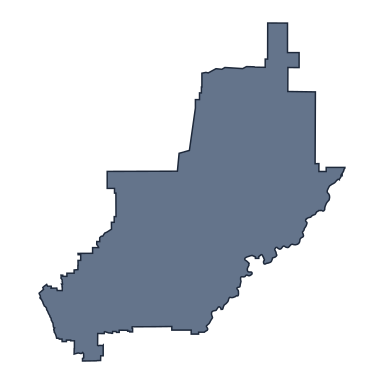 outline of Chapman Valley, Western Australia, Australia
{"feature_id": "25037944B4139819915576", "entity_name": "Chapman Valley", "entity_type": "district", "adm_level": 2, "iso_a3": "AUS", "parent_name": "Australia", "parent_adm1": "Western Australia", "projection": "orthographic", "projection_center": [115.126, -28.272], "detail": "fine", "context": "isolated", "style": "filled", "palette": "slate", "viewbox_px": 384, "rotation_deg": 0, "n_neighbors": 0, "source": "geoboundaries", "source_scale": "gbopen_adm2", "svg_char_len": 5908}
<svg xmlns="http://www.w3.org/2000/svg" viewBox="0 0 384 384"><path d="M287.5,23.1L267.7,23.0L267.6,59.1L265.2,59.1L265.2,67.3L255.1,67.2L254.2,66.8L246.5,66.6L242.7,68.6L224.9,67.5L221.9,69.3L216.0,68.7L208.4,72.8L208.2,72.9L205.9,72.4L201.9,73.2L201.9,87.0L201.4,87.0L201.4,92.9L199.5,92.9L199.5,99.6L195.4,99.6L195.4,108.1L189.4,150.4L179.1,153.3L177.4,171.2L107.2,171.4L107.2,188.4L114.5,188.4L114.5,193.1L115.9,193.1L116.0,216.6L114.2,216.6L114.2,222.3L111.4,222.3L111.5,229.2L107.1,232.0L104.7,233.1L102.7,236.2L101.5,236.2L101.2,236.3L99.9,237.5L99.7,237.8L99.7,241.6L96.8,241.5L96.7,244.3L97.1,245.0L98.4,246.8L98.6,247.6L92.6,247.6L92.6,253.3L78.0,253.4L78.1,254.7L80.7,254.7L80.7,260.4L78.0,260.4L78.1,265.4L77.9,265.4L77.9,269.6L74.1,270.0L74.1,273.2L66.9,273.2L66.9,276.4L62.8,276.3L62.8,275.2L61.0,275.1L61.2,277.2L60.9,278.0L62.2,279.9L62.2,280.2L62.1,281.3L62.3,282.0L62.5,284.1L61.5,284.1L62.2,285.7L62.3,287.1L62.1,287.1L62.2,287.5L62.3,288.3L62.2,290.6L57.2,290.5L56.8,288.1L51.0,288.2L51.1,287.6L51.3,287.2L51.2,286.2L47.5,286.2L46.7,284.4L44.0,286.4L42.8,287.5L43.5,289.4L39.1,293.2L39.4,294.2L40.3,295.7L40.4,296.9L40.3,297.1L40.0,297.4L40.0,297.7L40.1,297.8L40.4,297.4L40.5,297.5L40.8,298.5L40.5,298.7L41.4,299.4L42.2,301.0L42.6,301.6L42.9,302.2L42.9,302.9L43.2,303.3L43.4,304.1L43.6,304.3L44.3,306.0L45.4,306.7L46.5,308.1L46.6,309.4L46.8,310.0L47.5,310.9L48.5,313.5L49.8,315.7L50.0,316.8L50.9,318.0L51.2,318.8L51.2,319.8L51.3,320.2L51.6,320.7L52.0,321.2L52.2,322.0L52.9,322.9L53.4,326.9L53.8,327.4L53.9,328.0L54.6,328.0L54.3,328.7L54.2,328.6L53.8,329.4L53.7,329.8L53.8,330.1L54.4,331.0L54.4,331.4L54.1,331.9L54.2,332.1L54.8,332.8L55.7,334.7L56.3,336.6L56.6,338.2L58.8,338.3L59.2,339.1L62.0,339.1L62.1,341.6L62.3,341.6L66.4,341.6L66.4,340.1L70.7,340.1L70.7,340.8L74.4,340.8L74.4,348.6L74.2,348.6L74.1,354.1L77.5,353.1L78.5,353.0L80.6,353.5L81.3,353.5L81.8,353.3L82.7,352.5L83.1,353.1L83.6,353.6L83.7,357.9L82.5,358.4L82.5,361.0L96.7,360.8L97.0,360.6L100.6,360.5L100.7,355.8L103.2,355.8L103.2,345.1L102.9,345.4L102.4,345.5L99.6,345.4L98.3,345.7L97.7,345.7L97.6,345.9L97.7,333.5L104.2,333.6L104.3,332.0L105.0,331.6L105.3,331.8L109.0,333.0L110.3,332.9L111.3,333.3L112.5,333.3L112.6,331.5L116.1,331.5L116.5,332.4L119.2,332.4L119.2,330.2L127.7,330.3L127.7,331.2L129.7,331.2L129.7,331.9L132.6,331.9L132.6,328.6L132.0,328.2L132.2,326.8L154.9,326.7L171.8,326.5L171.8,330.1L191.2,330.1L191.2,334.1L198.6,334.1L198.6,332.2L204.4,332.2L204.9,331.7L207.3,330.2L207.7,329.3L207.7,328.9L207.4,328.1L206.6,326.9L206.4,326.3L206.5,325.8L209.0,323.6L209.8,322.4L210.7,320.6L212.5,317.8L212.4,317.1L211.6,314.8L211.5,313.9L211.6,312.4L212.0,311.8L213.3,310.9L215.6,310.5L216.1,310.3L218.2,307.2L218.9,306.8L219.5,306.8L220.3,307.6L220.8,308.3L221.1,309.4L222.5,309.3L222.8,308.9L223.4,306.8L224.2,305.0L226.2,303.5L227.7,301.8L228.2,300.9L228.7,298.9L229.4,297.6L230.0,297.3L231.1,297.6L232.3,297.6L233.3,297.4L235.4,296.6L236.5,295.7L237.3,295.9L237.9,295.8L238.3,295.2L238.5,293.9L238.4,291.2L238.2,290.3L237.4,289.5L237.0,288.8L236.9,288.4L237.1,287.9L237.5,287.5L239.4,287.0L239.7,286.9L240.0,286.4L240.3,284.3L241.0,281.4L240.6,279.7L240.6,277.8L240.9,277.1L241.8,276.7L243.3,276.9L244.7,276.7L245.3,276.2L245.9,275.4L246.5,275.1L247.4,275.2L248.3,275.7L249.7,275.7L251.3,274.7L251.7,274.4L252.0,273.9L252.1,273.0L251.7,272.3L251.1,272.0L249.2,272.0L248.2,271.8L247.9,271.5L247.5,270.7L247.2,269.9L247.4,269.5L247.3,268.8L247.6,267.9L247.8,267.6L247.9,267.2L248.9,265.4L248.9,264.5L248.7,264.1L248.8,263.9L249.1,263.6L249.1,263.3L247.0,261.3L245.1,260.0L244.7,259.3L244.7,258.8L244.9,258.3L246.0,257.4L246.6,257.1L247.7,256.7L249.3,256.2L250.3,255.8L251.9,255.5L252.0,255.4L252.4,255.6L252.7,255.6L252.9,255.8L253.6,256.0L254.3,256.5L254.7,256.5L255.4,256.9L255.4,258.4L258.8,258.4L258.8,256.5L259.2,256.3L259.9,255.6L260.1,255.6L260.3,255.5L260.7,255.1L261.0,254.7L261.6,254.6L261.9,254.7L262.6,255.6L262.7,256.1L263.0,256.4L263.1,256.8L263.6,257.6L264.0,258.9L264.4,259.5L264.3,260.4L263.7,261.0L263.5,261.9L263.6,262.9L264.0,263.8L264.8,264.1L265.3,264.0L266.7,263.3L268.1,263.1L270.3,262.3L271.0,261.8L271.5,261.1L272.3,259.1L272.4,258.3L272.5,258.0L275.1,257.1L276.1,256.3L276.7,255.5L276.8,255.1L276.6,254.5L276.3,254.1L276.0,252.2L275.0,250.3L274.8,249.7L274.8,249.1L275.0,248.7L275.8,247.6L276.1,247.4L277.0,247.4L278.2,248.5L279.4,249.1L280.2,249.1L281.3,248.5L282.6,246.7L283.3,246.2L283.8,246.1L284.6,246.3L285.7,247.1L287.1,247.5L288.0,247.5L288.5,247.3L288.8,246.9L289.2,246.7L290.7,244.8L291.6,244.4L292.2,244.2L294.0,244.7L295.5,244.8L297.4,244.3L298.5,243.6L299.0,243.0L299.5,242.1L299.8,241.0L300.0,239.4L300.5,238.5L301.4,237.7L302.8,237.0L303.4,236.3L303.5,235.6L303.1,233.9L302.6,233.0L302.5,232.0L303.7,230.6L304.1,229.8L304.3,228.6L305.5,226.9L306.1,225.9L306.6,224.6L307.0,223.1L306.9,222.4L306.1,221.7L305.7,221.1L305.6,220.3L305.8,219.4L306.1,219.1L306.5,219.1L306.6,218.6L308.4,217.7L310.6,217.2L310.9,217.0L311.6,216.1L312.4,215.5L313.7,214.9L314.8,214.6L315.4,214.1L315.9,213.2L316.0,212.8L316.3,212.6L316.6,211.9L318.2,211.1L318.8,210.5L320.4,210.6L320.6,210.4L321.3,210.4L323.0,211.1L323.8,210.8L324.6,209.8L324.8,209.0L324.7,207.8L325.0,207.2L325.0,206.7L325.9,204.4L326.8,202.6L327.9,201.3L329.1,200.0L329.3,199.2L329.6,197.4L329.5,195.8L328.9,194.2L327.6,192.8L327.2,192.0L327.3,190.4L328.4,188.0L329.6,185.8L330.6,185.3L331.6,184.4L332.6,184.0L333.6,183.4L334.5,182.9L335.5,181.9L336.5,180.6L337.2,180.0L338.1,179.3L339.0,179.4L339.3,179.6L339.3,179.2L340.5,177.6L341.3,176.0L341.7,175.7L342.1,175.7L342.0,175.4L342.2,175.1L342.2,174.8L341.5,175.5L341.0,175.5L341.0,175.2L343.4,171.5L343.8,170.5L343.7,170.4L343.9,169.5L344.3,169.0L344.3,168.9L344.8,168.4L344.9,167.4L326.2,167.4L326.2,171.5L318.9,171.5L318.9,163.6L315.1,163.7L315.4,91.9L287.8,91.5L287.9,67.5L299.1,67.6L299.1,52.6L287.5,52.6L287.5,23.1Z" fill="#64748b" stroke="#1e293b" stroke-width="1.5"/></svg>